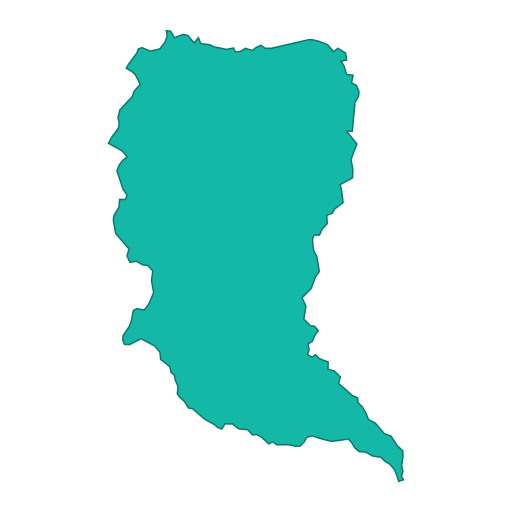 Cerrito, Rio Grande do Sul, Brazil (Natural Earth projection)
{"feature_id": "56859067B22286341591662", "entity_name": "Cerrito", "entity_type": "district", "adm_level": 2, "iso_a3": "BRA", "parent_name": "Brazil", "parent_adm1": "Rio Grande do Sul", "projection": "natural_earth1", "projection_center": [-52.786, -31.747], "detail": "fine", "context": "isolated", "style": "filled", "palette": "teal", "viewbox_px": 512, "rotation_deg": 0, "n_neighbors": 0, "source": "geoboundaries", "source_scale": "gbopen_adm2", "svg_char_len": 2505}
<svg xmlns="http://www.w3.org/2000/svg" viewBox="0 0 512 512"><path d="M108.5,143.3L122.3,151.0L127.2,156.9L123.0,160.1L119.4,164.7L116.9,170.8L118.4,175.3L123.0,189.0L127.0,195.2L125.5,199.5L119.6,199.4L119.0,207.0L114.0,215.4L113.3,219.8L115.6,233.3L129.0,249.0L127.0,256.0L129.9,262.3L136.3,261.3L143.1,265.0L147.6,265.3L152.8,270.9L151.5,280.4L153.6,292.8L148.7,304.2L144.2,310.0L136.9,308.7L133.4,310.3L131.2,321.6L129.4,326.2L123.2,335.5L122.7,339.9L124.5,344.4L129.6,344.6L141.0,338.7L154.8,346.0L160.0,352.4L160.6,359.4L169.8,366.7L171.1,372.5L174.3,375.1L175.3,380.1L178.1,386.6L177.3,393.8L179.9,397.5L184.5,401.5L188.5,408.0L192.4,408.7L204.8,419.2L214.7,424.8L217.9,427.6L221.8,429.0L225.0,423.9L232.6,424.0L238.7,428.9L247.7,429.7L252.5,434.9L256.4,434.4L261.4,437.1L268.8,443.9L272.8,441.8L276.8,444.8L288.2,444.7L295.7,446.2L300.3,446.0L304.3,441.8L306.6,437.4L312.1,435.8L320.1,438.5L331.6,441.4L343.5,439.8L348.2,438.8L351.8,442.8L354.7,447.7L359.1,451.6L365.7,452.1L372.6,456.0L381.2,457.4L384.8,461.2L390.1,464.4L394.4,469.6L396.8,475.4L398.7,481.3L403.5,479.8L401.4,476.1L402.9,471.6L401.6,465.8L403.0,456.7L402.9,451.1L397.2,445.5L390.9,436.0L384.3,433.7L375.4,423.2L368.4,419.4L366.3,413.9L362.3,406.9L357.9,402.4L357.6,397.8L352.2,395.4L344.1,388.2L338.6,383.5L340.3,377.0L334.3,371.0L328.1,369.3L328.1,361.8L323.3,360.3L319.1,358.4L315.5,354.6L312.2,357.2L307.5,354.6L309.2,349.7L307.9,344.1L312.3,341.3L315.3,334.7L318.2,330.6L314.5,326.2L310.4,325.7L303.8,319.1L306.0,306.4L302.1,297.8L311.3,288.2L315.5,276.8L319.3,271.6L316.8,256.4L313.9,251.3L313.0,246.4L312.5,239.4L313.9,235.2L319.5,235.0L322.0,229.4L327.3,223.5L326.7,215.3L332.1,213.3L334.8,208.9L343.1,202.6L341.4,189.1L340.1,184.6L352.5,177.9L352.9,169.3L351.0,159.5L356.9,144.0L346.6,131.2L352.3,131.2L355.0,102.3L358.4,96.7L359.0,91.8L356.5,85.5L351.5,82.8L353.1,75.2L346.6,74.5L344.0,65.9L340.9,61.2L346.6,60.1L345.6,53.1L337.9,48.3L333.6,51.7L327.6,44.7L318.8,41.3L312.6,39.8L309.1,39.6L271.3,48.3L265.2,48.3L260.8,45.3L256.2,47.5L252.2,50.5L245.4,48.3L240.4,51.4L235.4,52.0L233.6,48.0L226.3,49.4L221.2,48.2L214.5,47.1L209.7,44.7L200.6,43.5L198.4,37.7L194.1,42.9L187.8,35.4L183.2,34.4L174.3,37.7L170.6,31.2L166.3,30.7L167.2,35.9L165.1,41.9L159.8,48.9L150.5,51.1L142.0,47.7L138.4,48.9L136.9,52.9L128.8,63.9L126.2,68.2L132.3,71.8L135.5,75.0L140.3,84.4L134.2,91.1L132.3,96.5L119.8,110.0L118.0,117.9L119.2,123.0L118.6,127.8L115.8,131.7L111.6,137.3L108.5,143.3Z" fill="#14b8a6" stroke="#0f766e" stroke-width="1.5"/></svg>